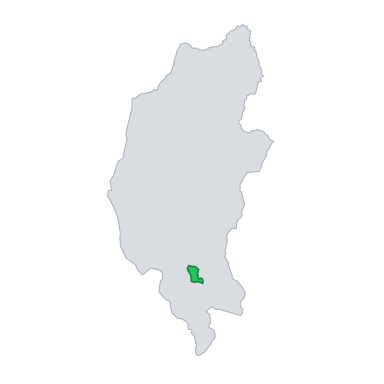 Mo'nxxaan, Sühbaatar, Mongolia shown in context, rotated 86°
{"feature_id": "93677404B72955600082369", "entity_name": "Mo'nxxaan", "entity_type": "district", "adm_level": 2, "iso_a3": "MNG", "parent_name": "Mongolia", "parent_adm1": "Sühbaatar", "projection": "albers", "projection_center": [112.193, 47.167], "detail": "fine", "context": "in_parent", "style": "filled", "palette": "green", "viewbox_px": 384, "rotation_deg": 86, "n_neighbors": 0, "source": "geoboundaries", "source_scale": "gbopen_adm2", "svg_char_len": 4293}
<svg xmlns="http://www.w3.org/2000/svg" viewBox="0 0 384 384"><g transform="rotate(86 192 192)"><path d="M30.6,125.4L31.8,125.7L33.9,124.9L34.7,123.1L35.6,122.3L40.0,123.1L41.7,124.2L42.4,123.2L42.8,123.1L43.5,124.4L44.6,124.3L45.5,124.0L46.5,122.8L47.9,123.5L50.8,122.6L51.6,119.9L52.7,119.5L55.1,119.6L55.8,118.4L56.3,118.2L58.1,118.3L61.3,117.7L62.6,117.9L64.0,117.0L66.9,116.0L70.9,116.3L71.4,115.5L75.5,113.9L79.2,114.8L80.8,112.8L81.4,112.7L83.3,116.0L84.5,116.0L85.1,115.0L86.6,115.4L86.8,117.5L87.5,118.4L98.4,121.8L98.5,122.6L98.2,127.1L99.8,129.6L100.0,130.7L103.2,131.0L104.6,133.1L107.2,133.6L108.5,134.3L111.4,133.3L112.0,133.5L112.7,134.4L114.1,134.1L116.2,136.1L118.1,136.2L118.9,137.0L120.1,136.7L122.7,137.7L124.4,140.5L126.0,140.6L128.0,139.4L128.7,138.4L131.4,138.4L133.1,137.6L134.2,136.8L136.3,133.7L137.2,130.2L136.0,129.4L135.1,128.1L134.8,126.1L134.9,124.7L134.1,122.5L134.4,121.5L135.4,119.9L136.3,117.2L137.4,115.8L139.3,115.3L139.7,114.2L141.1,112.3L144.1,111.5L146.0,109.4L147.3,107.1L148.4,108.6L151.7,110.9L154.5,112.2L156.1,114.3L161.3,115.5L169.4,121.0L171.2,121.0L176.2,123.4L176.5,124.1L176.1,127.2L176.4,128.2L176.2,131.6L176.9,133.4L176.4,135.4L176.8,136.1L178.1,136.6L179.9,138.9L184.4,141.0L185.7,142.5L188.8,143.8L190.5,143.5L193.2,144.1L194.3,143.9L196.1,142.5L197.3,142.1L203.6,141.4L205.4,140.5L206.6,140.4L211.3,141.9L214.6,143.7L219.5,143.9L221.6,145.9L222.5,147.6L224.3,149.2L231.1,150.3L231.4,150.7L231.1,154.3L231.3,154.9L235.6,159.1L237.6,160.3L243.9,160.4L253.6,163.2L255.9,162.5L257.9,163.8L258.7,163.8L265.1,160.6L266.0,160.8L272.6,159.6L276.8,157.9L279.9,158.0L282.4,156.5L283.5,153.7L287.5,150.4L294.6,146.1L299.1,146.6L301.7,148.0L304.5,150.8L306.1,151.6L309.0,151.7L313.0,149.5L315.2,149.9L317.3,150.7L318.7,152.1L312.9,167.6L312.9,168.5L310.9,171.8L310.8,176.9L308.2,178.9L308.7,181.7L309.3,182.8L312.4,185.6L313.4,185.1L314.2,183.9L315.7,182.7L318.7,182.9L321.2,182.3L324.5,183.0L327.6,185.2L331.5,179.7L335.4,178.8L339.1,179.2L342.1,182.5L345.6,183.8L346.6,185.7L348.0,186.4L348.5,187.3L352.9,191.0L353.9,193.5L355.3,195.3L355.4,197.2L355.2,198.2L353.6,199.4L347.8,199.4L344.3,197.8L343.1,199.0L338.7,199.0L336.2,199.9L334.6,200.8L333.6,202.1L332.9,202.5L332.1,202.5L330.7,201.5L329.6,201.7L329.2,201.9L328.7,205.2L324.9,205.4L323.6,205.1L320.5,206.8L320.1,208.1L318.5,209.9L317.1,213.2L317.5,214.6L317.1,215.5L314.3,217.4L311.7,220.2L306.1,221.4L303.4,221.7L301.5,221.1L299.5,221.7L298.1,224.6L294.5,228.3L289.1,231.9L279.4,229.9L278.2,229.4L276.2,227.2L270.5,227.1L268.9,228.6L267.5,230.8L265.0,237.8L267.2,241.9L269.8,244.6L270.8,246.4L270.8,248.0L269.0,248.8L266.5,251.3L260.4,253.7L253.3,262.3L241.0,267.1L233.5,267.2L227.7,266.4L211.4,267.9L200.7,271.6L192.7,274.9L190.8,276.6L190.0,276.9L188.6,276.0L184.5,275.4L184.8,272.0L175.5,273.0L168.6,268.3L158.4,264.6L156.4,263.5L153.4,258.6L151.6,257.8L147.1,257.0L134.9,253.2L128.8,253.9L103.9,246.0L94.5,245.2L94.3,244.7L94.2,241.8L90.8,236.7L90.4,235.5L90.6,233.9L89.0,224.5L87.1,222.7L88.1,219.2L84.8,218.8L81.5,216.5L78.3,213.1L77.0,210.8L74.5,209.8L72.1,205.6L70.7,204.6L63.3,201.3L59.4,200.7L55.4,198.7L50.7,197.3L49.4,196.2L48.0,195.9L45.7,193.7L43.8,193.5L42.9,187.9L44.2,185.0L45.7,183.4L48.6,181.3L48.8,180.3L48.6,177.6L51.0,173.5L51.4,170.6L51.0,167.2L49.7,166.1L48.6,161.2L48.8,157.8L48.5,155.2L46.7,153.2L46.5,151.1L45.8,150.7L45.2,151.2L43.8,151.1L42.7,149.4L42.4,147.8L41.7,147.2L40.2,146.8L38.6,147.1L37.3,146.3L36.4,144.6L33.6,141.6L34.0,140.2L33.8,139.0L32.9,138.4L32.2,137.1L29.3,134.8L29.5,134.1L30.8,132.8L29.0,130.9L28.6,129.3L30.4,127.9L30.2,126.6L30.6,125.4Z" fill="#d9dde1" stroke="#a8b0b8" stroke-width="1"/><path d="M269.8,190.8L268.7,191.8L267.4,193.3L266.7,194.1L266.3,195.0L266.3,197.0L266.5,197.1L265.8,197.9L265.6,199.5L265.4,200.1L265.2,200.6L266.0,200.5L266.9,201.3L267.4,201.9L268.1,201.9L268.9,201.8L269.9,201.7L269.7,200.9L272.1,200.5L272.5,200.4L273.2,199.6L273.6,199.3L274.4,199.3L274.9,199.1L275.8,199.2L276.8,198.5L278.6,198.9L281.0,199.0L281.3,198.0L282.1,196.2L282.0,193.9L281.8,193.3L282.1,191.3L283.1,189.2L283.5,188.8L284.0,187.8L281.9,187.1L279.2,188.0L278.5,189.3L279.3,190.8L278.2,191.8L277.1,191.7L276.2,191.7L275.5,192.0L274.5,192.3L273.6,191.9L272.6,191.7L269.8,190.8Z" fill="#22c55e" stroke="#15803d" stroke-width="1.5"/></g></svg>